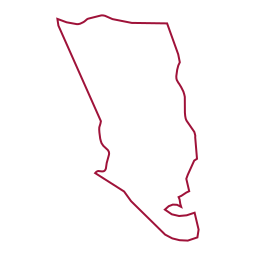 outline of Clarendon
{"feature_id": "JAM-1370", "entity_name": "Clarendon", "entity_type": "Parish", "adm_level": 1, "iso_a3": "JAM", "parent_name": "Jamaica", "parent_adm1": "", "projection": "robinson", "projection_center": [-77.269, 17.954], "detail": "fine", "context": "isolated", "style": "outline", "palette": "rose", "viewbox_px": 256, "rotation_deg": 0, "n_neighbors": 0, "source": "natural_earth", "source_scale": "10m", "svg_char_len": 1161}
<svg xmlns="http://www.w3.org/2000/svg" viewBox="0 0 256 256"><path d="M197.0,158.8L194.2,160.6L187.8,174.7L186.3,178.8L189.2,191.2L186.4,192.5L181.4,195.8L178.6,197.1L179.6,199.5L180.3,204.0L181.2,206.9L177.0,204.8L172.8,204.6L168.7,206.2L164.9,209.6L171.8,214.3L179.1,216.0L186.7,215.3L194.6,212.7L198.6,229.6L197.4,237.4L187.8,240.6L179.6,240.2L172.3,238.4L165.1,234.6L131.1,201.2L124.1,191.5L95.2,173.1L96.3,171.9L97.1,171.4L98.2,171.0L101.7,171.4L102.9,171.4L104.0,171.1L104.8,170.5L105.4,169.7L105.9,168.5L106.7,163.0L109.0,154.6L109.1,153.2L108.8,151.7L107.9,150.1L103.4,145.9L101.6,143.3L100.9,141.3L100.2,138.6L99.4,132.5L99.2,129.5L99.3,127.3L100.4,123.7L100.9,121.2L58.4,25.6L57.4,18.9L66.6,22.3L76.6,24.1L78.3,24.1L80.1,23.7L82.9,22.4L84.4,21.5L87.1,19.2L88.1,18.7L101.3,15.4L103.0,15.4L105.0,15.8L112.5,19.1L131.7,22.9L167.1,23.4L178.2,54.3L179.8,62.3L178.3,65.5L177.2,69.7L176.3,76.2L176.4,78.4L176.8,80.0L178.3,82.7L179.0,83.6L181.2,87.2L183.4,91.6L184.3,94.6L184.8,96.9L184.9,112.6L185.2,116.0L185.7,118.6L186.2,119.9L186.7,120.9L194.3,131.9L194.9,134.0L195.3,135.8L195.2,137.3L197.0,158.8Z" fill="none" stroke="#9f1239" stroke-width="2"/></svg>